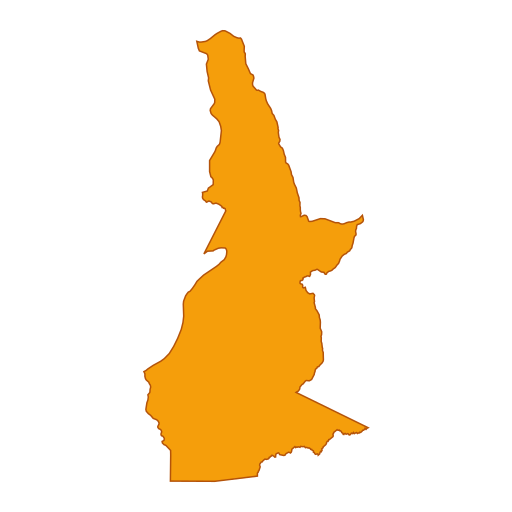 the district of Prainha, Pará, Brazil
{"feature_id": "56859067B77775808132226", "entity_name": "Prainha", "entity_type": "district", "adm_level": 2, "iso_a3": "BRA", "parent_name": "Brazil", "parent_adm1": "Pará", "projection": "equal_earth", "projection_center": [-53.549, -1.918], "detail": "fine", "context": "isolated", "style": "filled", "palette": "amber", "viewbox_px": 512, "rotation_deg": 0, "n_neighbors": 0, "source": "geoboundaries", "source_scale": "gbopen_adm2", "svg_char_len": 6078}
<svg xmlns="http://www.w3.org/2000/svg" viewBox="0 0 512 512"><path d="M196.8,41.3L198.3,48.3L199.4,50.9L206.6,53.7L207.7,55.1L208.3,59.2L206.4,64.1L207.1,71.4L208.6,77.9L208.3,80.9L210.6,90.1L214.8,99.2L214.7,102.5L214.2,103.7L210.5,108.7L210.2,110.5L211.1,113.5L212.4,115.1L216.7,118.8L219.1,121.7L220.7,126.3L221.4,130.6L220.1,142.3L219.4,144.4L217.2,146.4L216.2,148.0L215.4,150.5L214.7,152.0L209.6,160.5L209.6,171.6L210.9,176.8L211.9,177.5L213.3,179.7L213.2,184.6L208.4,188.1L207.3,191.0L202.4,192.4L202.7,193.6L202.6,196.0L202.4,196.9L202.6,198.1L203.5,199.6L205.6,201.0L206.0,201.8L206.6,202.2L208.9,201.0L211.1,201.9L212.3,203.4L212.8,203.7L213.5,203.8L216.0,203.1L218.6,204.1L220.6,205.4L221.9,206.5L222.1,207.5L222.8,207.5L223.6,208.3L224.1,208.1L225.2,208.7L225.4,209.9L225.8,210.9L203.9,253.9L207.5,251.2L213.1,250.9L213.9,250.2L218.4,248.2L221.2,247.8L225.2,248.0L226.2,249.1L226.7,250.6L226.8,251.8L226.5,254.7L225.9,256.8L224.2,259.7L220.8,262.3L219.1,264.3L216.3,266.5L203.6,275.1L199.4,279.0L197.0,281.3L194.9,284.8L192.4,288.4L190.0,291.3L188.3,292.1L186.9,293.9L185.6,295.9L183.6,301.2L183.3,304.1L183.7,316.2L183.0,322.4L181.3,329.3L177.7,338.3L173.7,346.4L169.3,353.5L164.2,358.7L160.8,361.2L153.3,365.3L147.9,368.9L146.0,370.5L143.9,371.6L144.9,373.8L144.9,376.4L145.5,378.7L146.3,380.0L148.8,382.2L149.3,383.6L150.3,385.1L150.7,387.0L150.1,389.3L149.9,392.1L149.7,392.7L147.9,394.8L148.3,397.0L147.9,400.0L146.9,402.8L146.0,408.5L145.9,409.5L146.3,411.3L148.4,413.7L150.6,415.3L153.2,418.4L156.6,419.7L158.2,421.2L159.0,422.8L159.0,423.9L157.8,426.5L157.9,427.5L158.8,428.7L160.4,429.4L161.2,430.3L161.7,431.9L161.1,433.4L161.0,434.4L161.1,435.0L161.6,435.8L162.6,436.0L163.2,436.6L164.2,438.1L164.3,438.7L164.1,440.1L163.7,440.6L162.1,441.4L162.4,443.0L164.1,444.7L165.5,445.2L166.2,445.7L170.6,450.4L170.7,455.2L170.4,481.1L214.8,481.3L257.4,476.1L257.4,473.3L257.6,472.7L258.1,472.4L258.4,471.1L258.9,470.8L260.1,467.1L260.1,466.4L259.6,465.2L259.8,464.0L261.3,462.0L262.2,461.9L262.9,460.8L264.9,459.1L266.4,459.4L268.3,458.9L269.1,458.1L269.2,457.4L270.1,457.1L270.8,456.2L271.4,456.1L272.0,455.2L273.9,456.2L274.7,457.1L275.6,457.0L275.8,454.4L276.4,453.7L278.3,452.8L278.9,453.1L279.7,454.6L283.9,455.5L285.2,455.0L285.5,454.3L286.1,453.6L288.6,452.2L289.9,452.6L290.4,453.0L291.2,452.3L291.7,450.9L291.8,449.3L294.9,446.6L295.7,447.6L296.9,446.9L297.7,447.2L298.4,446.8L300.0,447.3L300.6,446.4L303.1,446.7L304.3,446.4L305.4,447.7L306.8,447.4L308.2,448.1L308.9,447.8L310.4,448.7L310.6,449.4L311.7,449.4L312.2,450.4L313.3,450.7L313.6,451.3L313.4,452.2L314.4,452.7L314.8,453.7L315.5,454.3L317.6,453.9L318.1,454.5L318.2,455.2L319.7,453.9L319.9,452.7L320.6,451.4L321.2,451.8L322.1,450.2L321.7,448.9L323.1,447.7L323.1,447.0L325.7,444.7L326.4,443.6L326.5,442.5L327.4,441.2L328.0,441.4L328.6,440.4L328.7,439.6L329.5,439.5L333.0,436.6L333.2,435.5L332.9,434.1L333.4,433.7L333.8,432.4L337.1,429.7L337.5,430.1L338.4,430.3L339.1,430.0L339.7,430.8L340.4,430.7L341.3,431.6L341.7,432.6L342.8,433.2L343.2,434.4L343.9,434.5L344.3,433.8L345.1,433.4L345.9,434.1L346.7,434.1L347.7,433.6L348.4,434.0L349.2,435.0L350.4,434.6L351.3,433.2L351.8,433.1L352.6,433.6L353.5,432.6L353.7,433.3L354.2,433.7L356.3,432.5L357.4,433.5L357.9,433.0L359.1,433.1L359.7,432.2L360.6,432.5L362.0,431.3L362.6,430.3L363.7,430.2L364.3,429.4L364.9,429.1L365.1,428.4L366.0,429.4L367.1,428.2L368.1,427.7L296.0,392.4L297.0,391.7L298.0,391.3L298.7,390.6L299.7,389.0L299.9,387.1L302.0,384.5L303.1,383.9L305.3,381.1L306.2,380.5L309.3,380.8L311.6,379.5L314.2,374.5L314.5,372.7L315.0,371.7L315.1,370.5L315.6,369.1L316.9,368.1L317.4,366.9L318.8,366.6L319.8,365.2L322.1,362.9L323.1,361.2L323.4,359.9L323.2,352.4L322.5,350.5L322.6,348.2L322.3,347.6L321.8,343.3L321.2,341.4L321.3,337.7L321.0,336.6L321.6,334.5L321.7,331.8L320.2,328.2L320.4,322.2L320.2,320.0L319.4,317.5L319.2,314.9L317.0,310.8L315.4,308.7L315.4,307.5L314.1,302.6L314.5,301.6L314.1,297.9L314.6,295.4L314.4,294.8L313.0,293.3L309.7,293.9L307.7,292.7L306.0,290.4L305.3,287.3L303.4,287.9L302.7,287.3L302.7,285.4L302.3,284.3L300.4,283.7L300.0,283.2L300.0,282.2L300.3,280.9L300.8,280.5L301.9,280.5L302.8,279.8L303.1,278.7L302.8,278.2L304.7,276.9L305.6,276.8L307.0,276.0L308.1,275.9L309.6,276.4L310.5,274.5L310.4,272.1L312.7,270.6L315.1,270.2L316.9,269.3L317.5,269.4L321.3,272.0L324.0,272.3L324.7,273.8L325.5,274.3L326.4,274.1L326.7,273.1L328.7,271.4L330.6,270.9L332.0,270.2L333.3,268.9L335.2,267.6L337.1,264.9L338.5,263.5L339.6,260.9L340.0,259.3L342.2,256.0L344.3,254.3L346.3,253.5L347.3,252.2L349.7,250.8L350.5,249.2L351.4,248.5L351.9,247.4L352.2,245.5L353.0,243.2L354.0,237.8L354.5,236.4L356.0,234.9L356.0,233.5L355.6,231.7L355.8,229.6L356.4,228.7L356.6,226.3L357.0,225.1L357.3,224.6L360.4,223.6L362.6,221.9L363.2,220.9L363.4,219.7L362.4,215.3L359.2,218.6L354.2,221.2L350.5,222.1L349.1,222.0L346.8,222.6L344.0,223.8L342.0,224.1L340.0,223.6L339.2,223.0L338.3,222.7L335.3,222.7L325.0,218.8L320.4,218.6L312.2,221.3L309.6,221.5L308.7,221.2L307.1,216.7L306.0,215.5L304.2,215.2L301.3,216.6L300.5,216.7L300.3,215.2L301.0,213.4L300.5,211.5L300.3,209.4L300.3,207.5L299.9,205.7L300.0,202.4L299.1,200.4L299.0,197.8L297.3,192.8L296.3,188.0L294.5,184.4L293.7,182.2L293.0,177.5L291.5,174.6L291.1,171.8L288.7,165.2L287.7,163.9L286.1,163.0L285.6,162.0L285.5,157.4L284.2,154.2L283.4,150.6L282.6,148.7L282.3,148.1L280.6,146.9L278.7,143.8L278.7,143.0L279.8,141.3L280.0,139.4L279.0,137.3L278.8,136.1L278.3,132.4L278.6,130.5L278.0,128.7L278.1,127.4L276.9,121.9L275.3,119.2L273.9,115.4L272.2,113.5L271.6,110.7L270.7,108.5L267.7,103.9L266.4,101.0L265.8,99.0L265.0,94.3L264.5,93.3L263.2,92.3L260.7,91.4L258.4,90.1L257.3,90.3L256.5,90.1L253.1,86.2L252.6,85.0L252.5,82.9L253.9,78.1L253.5,76.2L253.0,75.0L250.6,73.7L250.1,72.9L248.4,68.9L245.8,63.7L245.2,56.6L245.3,53.9L244.9,52.9L244.4,52.6L244.1,51.2L244.3,46.3L241.5,39.2L240.5,38.0L238.9,38.2L236.9,37.7L233.7,36.3L230.0,33.4L225.8,31.2L224.9,30.8L222.7,30.7L221.3,31.1L217.2,33.3L215.2,34.6L210.2,38.7L207.2,40.7L205.5,41.4L201.0,42.1L199.4,42.1L196.8,41.3Z" fill="#f59e0b" stroke="#b45309" stroke-width="1.5"/></svg>